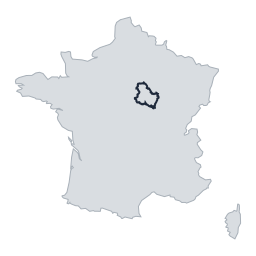 Yonne on a map of France (Mercator projection)
{"feature_id": "FRA-5356", "entity_name": "Yonne", "entity_type": "Metropolitan department", "adm_level": 1, "iso_a3": "FRA", "parent_name": "France", "parent_adm1": "", "projection": "mercator", "projection_center": [3.524, 47.862], "detail": "fine", "context": "in_parent", "style": "outline", "palette": "slate", "viewbox_px": 256, "rotation_deg": 0, "n_neighbors": 0, "source": "natural_earth", "source_scale": "10m", "svg_char_len": 6349}
<svg xmlns="http://www.w3.org/2000/svg" viewBox="0 0 256 256"><path d="M210.2,101.8L208.3,102.8L207.1,105.0L205.9,105.5L203.7,105.5L202.6,104.2L200.0,105.0L198.9,106.4L200.5,108.1L195.3,114.9L191.9,116.7L191.2,121.2L187.3,124.5L185.8,128.0L185.7,128.7L186.7,129.8L186.3,132.1L184.3,133.5L184.3,135.0L184.9,135.2L187.9,134.0L189.1,132.7L188.4,130.8L191.5,128.6L197.0,129.1L197.6,132.1L196.9,134.7L200.8,140.1L197.4,142.6L197.2,144.3L200.7,149.7L202.9,151.9L201.7,155.5L198.0,157.8L195.7,157.6L194.6,158.2L194.7,159.3L196.4,162.6L200.4,164.7L201.0,167.1L199.9,168.0L198.0,171.7L198.8,173.5L198.5,174.3L198.9,175.6L200.0,176.8L205.5,179.9L210.5,179.3L211.2,181.1L208.1,185.9L208.3,188.0L206.7,188.0L206.4,188.8L203.3,190.4L198.4,195.2L196.0,196.6L195.1,199.0L193.7,200.3L186.6,203.1L185.2,202.4L181.8,202.5L179.6,200.8L175.4,199.7L174.1,197.2L170.2,196.7L170.0,195.0L164.5,196.6L156.8,194.3L154.1,191.8L151.9,192.4L149.9,194.6L141.6,200.5L138.4,206.4L139.0,213.4L140.9,216.8L135.8,216.3L132.8,217.3L132.1,218.7L125.0,217.0L122.3,218.5L121.6,218.4L120.7,216.9L117.2,215.3L117.7,214.1L117.2,213.1L113.9,212.3L112.8,213.3L111.6,211.3L102.4,208.1L100.9,208.2L100.3,211.3L94.3,211.2L93.5,210.6L89.7,211.3L85.6,208.4L81.1,208.9L78.3,205.9L75.6,205.7L71.8,204.2L70.1,203.3L69.9,202.4L68.7,203.8L67.3,203.5L67.0,203.1L67.9,201.4L68.1,199.4L63.4,198.0L62.1,196.6L62.1,195.8L64.6,195.2L66.9,192.4L69.1,182.5L70.7,170.6L71.9,168.4L73.4,167.7L72.2,166.1L70.7,168.3L71.6,157.3L73.3,148.9L77.3,152.4L78.3,153.8L79.4,158.8L81.7,160.8L80.2,158.8L78.8,152.3L77.9,150.4L71.5,144.9L71.3,143.6L74.1,144.3L72.9,140.1L72.3,131.3L68.4,130.4L62.2,126.7L57.9,119.9L57.4,117.4L58.5,114.7L57.6,113.0L55.7,111.8L57.1,109.4L58.4,109.2L62.9,110.5L59.2,108.3L53.3,109.1L50.9,108.3L50.5,106.7L52.1,104.6L50.1,103.3L46.7,103.6L46.3,103.1L47.3,101.6L46.4,101.0L43.7,101.6L42.1,101.1L40.6,99.4L36.1,99.0L35.1,98.0L28.9,96.0L22.4,96.4L20.6,93.0L16.7,91.3L17.5,90.2L21.4,89.2L22.2,88.2L19.3,86.8L18.3,85.4L23.6,85.1L21.2,83.6L16.0,83.7L15.4,81.6L16.0,79.5L19.0,77.6L26.4,75.5L31.9,75.4L35.7,73.0L39.5,72.3L43.0,73.5L47.9,79.5L51.8,76.9L57.6,77.0L58.8,78.5L60.3,75.7L61.6,77.3L68.7,76.8L67.0,75.7L65.7,73.1L65.4,63.6L61.8,56.7L60.9,54.1L61.1,52.0L65.3,52.4L68.8,51.4L70.5,52.0L70.9,56.5L72.4,59.1L82.1,59.9L87.7,61.3L92.5,58.8L96.9,57.7L97.2,57.1L94.7,57.3L92.4,56.2L92.0,55.0L93.3,51.5L100.0,47.6L109.9,44.3L112.5,42.1L115.4,38.1L114.7,37.0L115.2,26.0L116.6,22.4L120.4,19.7L130.1,17.1L131.3,20.6L131.2,22.6L133.7,25.7L135.0,26.7L139.2,25.0L141.2,27.9L141.8,31.2L146.9,32.5L148.4,36.7L149.3,35.8L152.5,36.0L154.0,36.3L156.0,38.2L155.4,40.7L156.3,41.9L155.4,44.2L156.0,45.2L161.9,45.2L163.6,44.2L164.4,41.9L166.2,40.5L166.8,40.9L165.7,45.2L166.5,46.3L166.9,49.4L169.1,49.7L173.4,52.1L177.0,56.2L181.4,55.5L184.9,57.7L188.6,56.6L192.0,57.8L193.2,59.0L196.3,64.6L198.8,63.5L200.5,64.2L201.1,65.8L207.6,64.8L208.8,66.4L210.1,67.0L218.4,69.1L218.4,71.2L213.7,77.2L211.6,85.6L210.2,88.5L209.7,90.7L210.1,92.2L209.8,94.5L208.8,99.9L209.4,101.5L210.2,101.8ZM239.5,208.8L239.1,211.9L240.3,214.2L240.6,223.2L238.3,227.5L237.9,232.8L234.9,238.9L230.3,236.2L228.9,234.7L230.2,232.3L227.5,231.0L228.2,228.7L227.9,227.6L226.0,227.4L225.9,226.8L227.3,225.1L227.3,223.9L225.5,222.6L225.1,221.3L226.9,219.9L226.1,218.7L225.1,218.4L227.5,214.3L229.1,213.0L232.7,211.9L234.1,210.4L236.5,211.2L236.9,210.8L237.7,204.2L238.5,204.2L239.3,205.0L239.5,208.8ZM71.8,140.6L71.2,142.5L68.8,139.1L68.5,137.3L71.8,140.6Z" fill="#d9dde1" stroke="#a8b0b8" stroke-width="1"/><path d="M141.5,104.2L141.3,104.1L141.2,104.0L140.9,103.6L140.5,103.4L139.8,103.3L139.5,103.1L139.5,102.9L139.5,102.4L139.4,102.2L139.1,102.1L137.4,102.5L137.1,102.4L136.9,102.0L136.5,101.4L136.4,101.2L136.5,100.7L136.4,100.2L136.2,99.8L136.0,99.6L135.6,99.2L135.4,99.1L135.1,99.0L135.0,98.9L134.9,98.8L134.9,98.6L134.9,98.3L134.9,98.1L135.0,98.1L135.2,97.9L135.3,97.8L135.7,97.8L136.0,97.8L136.2,97.7L136.8,97.4L137.3,97.2L137.5,96.9L137.6,96.7L137.5,96.4L137.5,96.2L137.7,95.8L137.7,95.7L137.5,95.4L137.5,95.2L137.4,94.6L137.5,94.4L137.9,94.3L138.0,94.2L138.2,93.9L138.4,93.7L138.7,93.5L138.9,93.4L139.0,93.2L139.3,92.5L139.4,92.2L139.3,91.8L139.3,91.6L139.2,91.5L139.0,91.2L138.5,90.8L138.4,90.6L138.2,90.4L138.0,89.3L137.9,89.1L137.7,88.9L136.9,88.6L136.6,88.6L136.4,88.6L136.4,88.2L136.5,87.9L136.5,87.7L136.7,87.4L136.9,87.3L137.4,87.0L137.6,86.8L137.7,86.7L137.8,86.4L137.9,86.2L138.0,86.1L138.0,85.9L137.9,85.6L137.7,85.3L137.7,85.1L137.7,84.8L137.8,84.7L137.9,84.4L138.0,84.3L138.0,84.0L138.0,83.9L138.2,83.7L139.0,83.7L139.3,83.5L139.6,83.4L140.4,83.5L140.5,83.6L140.8,83.6L142.4,83.3L142.5,83.3L142.8,83.4L143.0,83.5L143.1,83.4L143.4,83.0L143.8,82.5L144.0,82.7L144.1,83.1L144.1,83.3L144.2,83.5L144.3,83.6L144.5,83.5L144.8,83.5L145.3,83.8L145.6,84.0L145.8,84.2L146.8,85.6L147.0,85.9L147.1,86.2L147.1,86.3L147.1,86.5L147.2,87.0L147.2,87.3L146.8,87.7L146.7,87.8L146.7,88.0L147.3,88.2L147.8,88.7L148.0,88.8L148.5,88.8L148.6,88.7L148.8,88.4L149.1,88.5L149.3,88.9L149.3,89.0L149.6,89.4L149.9,89.8L151.0,91.7L151.1,91.9L151.1,92.0L150.7,92.1L150.6,92.3L150.7,92.5L151.1,92.6L151.5,92.5L151.8,92.7L151.8,92.8L151.8,93.3L151.8,93.5L152.0,93.8L152.5,93.9L153.1,93.8L153.3,93.9L153.6,94.0L153.9,94.1L154.0,94.0L154.2,93.7L154.3,93.7L154.5,93.7L154.8,93.8L155.1,93.8L155.3,93.8L155.5,93.6L155.7,93.4L155.8,93.3L156.0,93.3L156.2,93.5L156.3,93.6L156.5,93.7L156.6,93.3L156.6,93.2L156.6,92.9L156.8,93.0L157.0,93.4L157.3,93.8L157.5,93.9L157.6,94.0L157.8,94.0L157.5,94.9L157.4,95.3L157.4,95.9L157.5,95.9L158.0,95.8L158.2,96.0L158.6,97.1L158.6,97.5L158.5,97.9L157.3,98.5L157.3,98.9L157.3,99.6L157.2,100.1L157.1,100.3L156.7,100.9L156.5,101.6L155.5,103.4L155.3,103.5L155.1,103.8L155.1,105.0L154.9,105.3L154.6,105.4L154.5,105.5L154.3,105.7L154.3,105.9L154.3,106.1L154.5,106.7L154.6,106.8L154.8,106.9L154.9,107.0L154.9,107.7L154.2,107.6L153.8,107.9L153.7,108.1L153.6,108.3L153.3,108.3L152.9,108.0L152.7,106.8L152.5,106.4L151.5,107.0L151.2,106.9L151.2,106.6L151.3,106.1L151.3,105.9L151.3,105.7L151.2,105.5L150.9,105.6L150.7,105.7L150.7,105.9L150.5,106.3L150.5,106.5L150.3,106.6L150.2,106.6L148.8,106.0L147.7,104.9L147.4,104.8L147.0,104.8L146.8,104.7L146.7,104.5L146.6,104.2L146.4,103.9L145.9,103.5L145.4,102.7L145.3,103.3L145.2,104.1L144.1,103.7L143.7,103.8L143.2,104.3L142.8,104.4L142.1,103.9L141.5,104.2Z" fill="none" stroke="#1e293b" stroke-width="2"/></svg>